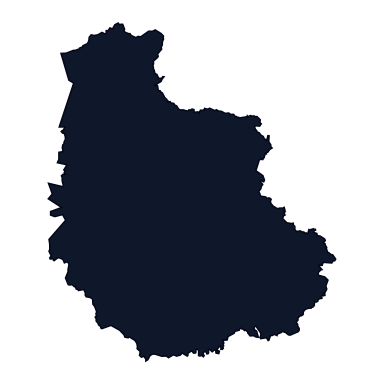 the district of La Yesca, Nayarit, Mexico
{"feature_id": "50627088B10803570714070", "entity_name": "La Yesca", "entity_type": "district", "adm_level": 2, "iso_a3": "MEX", "parent_name": "Mexico", "parent_adm1": "Nayarit", "projection": "orthographic", "projection_center": [-104.035, 21.59], "detail": "fine", "context": "isolated", "style": "filled", "palette": "ink", "viewbox_px": 384, "rotation_deg": 0, "n_neighbors": 0, "source": "geoboundaries", "source_scale": "gbopen_adm2", "svg_char_len": 5948}
<svg xmlns="http://www.w3.org/2000/svg" viewBox="0 0 384 384"><path d="M153.5,67.5L152.9,65.8L153.6,63.7L153.4,61.2L157.7,57.3L158.2,56.2L157.6,54.5L157.9,53.6L161.6,49.2L161.3,46.7L162.3,45.1L162.4,41.8L163.5,39.2L163.2,36.7L163.5,36.1L161.2,33.6L155.2,29.9L152.5,31.3L148.7,31.2L140.7,36.8L138.1,36.4L135.8,37.6L131.3,35.5L130.0,33.6L128.5,33.6L124.9,32.1L124.0,30.9L124.6,29.2L122.7,24.3L121.1,24.2L119.6,24.8L118.2,23.0L114.9,24.7L112.5,28.8L109.9,27.9L108.1,30.6L106.2,30.6L106.1,33.3L105.4,34.2L102.0,32.4L97.8,34.8L93.9,35.5L91.2,34.8L89.2,37.2L88.8,41.0L87.4,43.6L82.8,45.8L82.6,46.9L79.5,48.1L79.2,48.9L75.2,50.4L73.7,50.3L66.1,53.2L61.0,53.4L68.9,80.2L73.7,83.1L59.2,127.0L64.8,127.0L65.0,127.7L63.4,129.5L63.7,130.4L61.9,130.8L61.2,131.6L62.8,133.2L64.6,133.7L65.0,135.9L65.7,136.2L65.3,136.8L65.4,139.4L64.0,142.2L64.0,143.6L62.8,144.9L62.3,147.4L63.0,151.6L58.9,152.3L58.9,159.3L57.4,162.7L67.0,164.8L63.8,169.9L65.0,170.9L64.2,172.7L65.2,174.3L62.9,174.3L61.4,175.9L62.1,176.9L62.2,181.0L63.4,185.8L62.5,186.6L48.5,183.3L52.3,194.0L48.3,198.8L61.6,207.5L50.6,211.5L50.6,215.1L54.8,216.6L62.5,214.6L65.7,220.2L49.0,239.4L49.7,244.0L49.8,249.2L49.0,251.3L51.0,255.4L50.9,256.5L49.9,257.5L49.9,258.7L50.8,259.1L52.6,258.7L53.6,259.3L53.4,260.3L54.1,260.7L57.7,257.9L58.9,257.7L62.8,259.3L64.4,262.9L66.8,261.9L68.1,262.5L69.0,264.6L68.0,269.5L68.1,271.7L65.5,278.0L68.2,284.6L69.2,285.0L72.2,284.7L74.3,286.7L75.4,286.7L76.2,289.1L77.5,289.4L78.5,290.5L83.0,289.6L84.0,289.9L85.4,293.0L85.2,295.1L86.2,296.8L90.0,297.4L92.6,299.1L92.9,304.2L94.7,306.5L96.4,311.0L96.6,312.2L95.9,313.7L96.5,315.7L95.2,317.0L96.3,319.4L96.1,321.0L97.9,323.1L98.7,325.1L100.4,326.3L101.1,328.4L102.0,328.6L111.0,325.4L119.7,330.3L124.1,334.9L124.8,337.1L128.1,337.8L129.4,336.9L135.0,340.5L136.9,343.6L137.4,346.8L137.1,348.7L140.2,351.5L139.5,355.4L141.4,357.2L143.8,356.3L145.9,359.2L145.8,361.0L147.8,359.8L149.9,355.8L152.1,354.3L154.6,354.0L161.9,356.3L166.2,356.0L168.6,357.7L173.3,354.8L176.6,356.1L180.4,355.1L182.1,353.0L187.2,356.1L187.9,355.5L188.0,353.2L191.3,351.1L192.0,351.2L193.5,353.1L195.6,353.0L196.0,351.7L195.7,350.0L196.8,349.2L198.0,349.7L198.6,350.7L198.6,355.6L199.9,356.0L201.7,355.4L203.3,356.8L204.2,355.6L203.0,353.7L203.6,352.2L205.8,351.4L206.8,353.9L208.0,353.8L208.6,352.9L208.5,349.5L209.3,349.2L212.2,351.8L214.8,349.6L215.8,350.9L216.0,353.1L218.8,353.6L219.4,351.2L216.9,350.3L218.2,347.9L219.9,346.1L220.9,347.0L220.9,349.3L222.3,349.3L223.3,348.4L222.9,346.6L223.7,345.8L223.0,343.8L223.9,343.0L222.8,340.3L227.1,340.0L228.1,336.5L234.1,333.3L235.0,331.3L239.2,330.2L239.6,328.4L241.2,328.2L241.2,328.7L243.4,329.3L244.5,330.5L245.3,329.9L247.6,331.9L247.9,333.2L250.1,335.9L253.6,335.7L256.0,337.0L258.4,337.3L256.6,331.1L254.0,329.3L254.7,326.5L255.7,325.8L260.5,332.8L260.9,334.5L260.1,337.4L260.7,338.7L266.4,337.7L268.2,340.6L268.8,340.4L270.5,335.7L272.6,335.4L274.2,334.3L277.0,335.6L277.4,334.1L281.3,332.5L282.1,331.4L285.5,332.5L288.5,334.9L290.4,335.1L298.3,331.6L299.1,330.5L299.2,328.4L297.7,326.1L297.6,324.2L296.1,322.2L298.0,320.1L297.9,318.2L300.1,315.7L301.0,315.9L302.7,315.0L303.3,314.0L303.2,312.4L304.3,310.3L306.0,309.1L308.7,308.2L311.2,308.1L311.4,307.5L313.0,307.0L314.2,305.7L314.7,301.6L316.1,302.1L317.7,301.3L318.3,299.6L319.3,298.8L321.9,298.3L321.8,295.9L322.5,295.0L323.5,295.8L324.9,295.4L324.8,293.5L323.8,293.6L323.8,292.7L325.3,292.0L326.8,289.1L325.8,286.0L328.0,280.1L324.7,276.9L318.8,275.3L318.0,274.3L318.5,272.3L321.0,269.8L322.0,269.6L319.1,266.3L319.1,265.3L322.2,265.4L322.8,263.1L324.1,262.4L331.8,263.0L333.1,260.9L334.7,260.8L335.7,259.1L332.8,254.9L330.8,254.4L328.6,252.5L327.6,252.5L326.4,248.4L326.7,247.4L325.3,245.2L325.2,244.0L323.5,242.5L325.3,240.6L324.8,239.1L320.3,236.1L317.3,235.6L316.8,233.4L314.5,232.7L313.8,231.9L314.0,230.7L315.5,230.2L315.4,229.3L313.7,229.3L314.1,229.1L313.1,228.7L311.8,229.7L311.3,229.3L309.4,230.0L308.9,229.6L308.3,231.6L308.9,232.0L308.2,233.3L306.5,232.9L305.6,233.3L304.9,232.8L305.4,233.9L303.8,232.6L300.2,230.9L296.5,231.5L294.8,229.4L294.9,226.5L293.3,224.8L293.3,223.2L291.6,223.5L286.8,222.8L282.7,218.6L283.4,215.9L285.0,215.1L284.2,212.9L285.2,211.5L284.5,211.1L285.0,210.9L284.3,209.9L284.8,209.5L284.1,207.3L282.9,208.1L279.3,208.1L278.6,208.8L274.4,207.4L274.7,207.0L272.4,206.0L272.8,205.6L270.6,203.2L270.8,202.6L270.2,201.7L271.2,199.4L270.3,198.4L269.0,197.9L266.3,198.3L265.9,197.0L260.8,196.1L260.1,195.2L259.9,193.6L258.6,191.7L260.9,188.7L261.2,186.8L262.7,184.5L261.8,183.2L260.3,182.3L260.2,181.2L261.2,180.3L261.8,181.2L263.7,181.8L264.5,180.2L262.9,175.6L255.9,170.7L259.3,159.9L261.6,158.9L262.1,159.6L262.7,159.6L264.1,157.6L265.1,154.1L266.4,153.9L266.2,152.7L267.9,152.1L269.7,149.5L272.1,148.0L271.0,147.1L270.7,144.6L268.7,141.7L269.1,135.8L267.9,135.6L267.1,139.1L266.3,140.3L265.8,139.4L264.6,139.4L263.3,136.5L260.7,134.9L259.3,132.8L256.9,131.8L256.7,130.7L255.3,129.2L254.6,126.8L255.5,125.8L259.7,126.1L261.3,123.8L260.0,122.8L260.2,119.7L256.9,116.5L255.4,116.8L254.3,115.9L251.9,116.1L250.5,115.5L248.0,116.7L247.3,115.8L247.0,116.8L245.6,116.9L245.3,117.5L244.2,117.1L239.3,118.0L238.8,117.3L237.8,117.8L236.6,116.5L235.2,117.2L235.1,116.2L233.5,114.3L230.5,114.5L229.7,113.5L228.4,113.0L225.3,113.4L221.4,111.3L218.8,111.1L216.6,109.8L214.5,110.5L209.6,108.2L207.9,109.2L204.6,108.4L204.2,110.2L203.7,109.8L203.4,110.2L200.4,110.2L200.1,111.3L199.0,111.9L199.1,113.2L197.5,111.9L194.0,112.3L194.0,109.6L192.0,109.0L190.8,110.0L188.9,109.8L187.8,111.2L183.3,109.9L179.8,109.9L178.3,108.6L176.7,105.9L174.8,105.1L173.8,103.4L170.9,102.9L170.1,101.6L168.0,102.0L167.9,100.9L167.2,101.0L166.9,99.5L164.8,97.6L162.3,92.8L160.8,92.0L160.2,90.8L158.3,90.5L157.6,85.9L157.0,85.1L155.4,85.4L154.7,85.3L154.6,85.2L161.2,81.4L161.9,79.4L164.0,76.8L162.8,76.6L161.5,78.4L158.6,78.2L156.9,74.4L155.0,73.5L154.0,69.6L153.1,68.6L153.5,67.5Z" fill="#0f172a" stroke="#020617" stroke-width="1.5"/></svg>